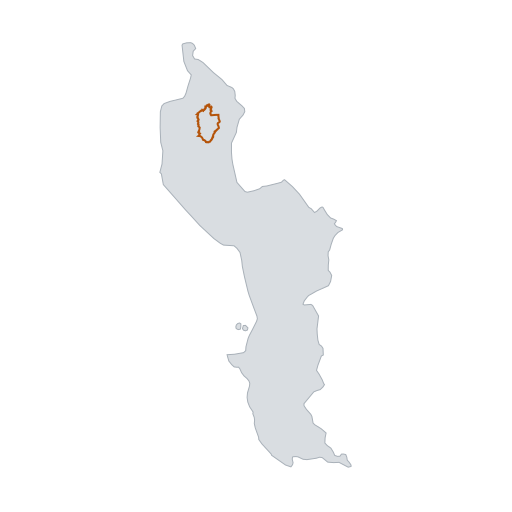 location of Blantyre, Blantyre, Malawi, rotated 175°
{"feature_id": "42251766B636776762176", "entity_name": "Blantyre", "entity_type": "district", "adm_level": 2, "iso_a3": "MWI", "parent_name": "Malawi", "parent_adm1": "Blantyre", "projection": "orthographic", "projection_center": [34.952, -15.681], "detail": "fine", "context": "in_parent", "style": "outline", "palette": "amber", "viewbox_px": 512, "rotation_deg": 175, "n_neighbors": 0, "source": "geoboundaries", "source_scale": "gbopen_adm2", "svg_char_len": 7186}
<svg xmlns="http://www.w3.org/2000/svg" viewBox="0 0 512 512"><g transform="rotate(175 256 256)"><path d="M196.9,298.3L193.9,294.2L191.5,295.3L188.1,298.2L186.3,299.0L185.4,298.9L184.8,298.2L184.0,296.3L181.4,291.1L178.4,287.4L175.3,285.9L172.8,284.2L173.9,282.5L175.1,281.3L174.5,280.1L173.1,278.3L167.6,275.8L167.5,274.6L172.3,272.3L175.4,269.6L177.4,267.0L180.0,261.3L182.1,255.6L183.7,253.8L184.2,250.0L183.8,245.8L184.8,240.5L185.3,235.4L183.7,233.4L182.3,230.0L183.9,224.2L186.4,220.1L198.6,215.9L207.1,212.0L208.9,210.3L211.8,207.1L213.4,203.9L212.2,203.0L205.5,203.0L203.9,201.8L198.9,190.8L201.6,178.1L201.8,173.1L201.7,166.9L200.8,162.4L198.6,160.5L197.3,158.1L197.6,151.5L199.6,150.7L203.8,141.9L205.7,136.8L203.4,132.7L200.8,126.8L199.7,123.1L199.0,121.9L200.8,119.6L203.7,117.3L206.9,116.7L210.3,115.6L221.1,104.7L221.2,102.6L219.2,98.9L215.2,93.5L214.3,91.2L213.7,84.6L212.1,82.7L206.2,78.3L201.6,73.6L203.0,68.9L203.7,63.7L201.5,60.9L198.1,58.0L196.0,53.7L195.0,50.5L192.3,49.3L189.9,49.2L188.1,51.2L186.2,51.1L183.9,50.4L183.1,47.7L182.9,44.7L181.3,42.6L179.7,39.8L179.5,38.3L180.5,37.9L182.6,37.6L191.3,43.2L196.6,43.4L202.5,44.4L207.6,49.4L210.2,50.0L213.5,49.3L223.0,48.7L226.8,49.4L231.8,52.3L233.7,52.7L236.8,52.8L237.3,52.0L237.6,50.3L237.1,46.8L237.8,44.9L239.6,42.9L244.8,45.2L257.8,56.1L258.2,57.5L266.5,68.3L269.2,72.9L269.2,75.3L271.7,84.8L272.3,89.2L271.7,92.6L271.8,95.3L272.9,99.1L272.5,100.8L275.5,106.4L276.9,111.2L277.2,115.8L276.4,120.4L273.8,127.0L273.3,129.7L273.9,132.1L275.6,134.7L278.4,137.6L280.5,141.0L281.9,145.0L283.1,146.8L284.6,146.8L287.4,147.4L289.6,149.8L292.2,153.7L293.1,158.2L293.4,160.2L286.1,160.0L276.8,160.8L274.5,162.6L273.9,166.5L271.0,174.7L269.4,177.7L265.9,183.1L261.1,190.9L260.1,193.4L260.3,196.0L263.2,206.4L266.2,217.4L267.1,221.7L269.3,236.4L270.5,246.7L270.6,252.8L271.6,260.9L274.3,265.3L277.0,268.1L287.4,269.7L290.5,271.8L296.4,277.0L309.3,291.3L316.3,300.5L322.5,308.5L333.5,323.5L342.1,335.2L343.1,346.1L344.5,347.7L341.6,355.8L339.6,368.9L341.0,377.6L340.3,392.4L338.7,408.1L336.7,413.7L334.2,415.9L328.2,417.5L315.1,419.5L313.2,421.3L311.5,424.4L308.8,431.6L305.7,438.9L304.7,442.1L305.3,442.8L308.1,446.6L310.9,456.1L311.3,472.5L310.4,473.7L306.5,474.4L302.4,474.2L300.7,473.3L299.1,471.4L298.0,467.9L300.7,465.5L301.7,461.2L300.0,457.6L296.5,456.8L292.0,453.4L282.5,442.5L274.6,434.8L270.0,428.4L265.3,425.9L263.9,424.4L262.8,421.7L262.7,417.8L263.2,414.9L261.7,411.7L256.9,406.8L254.7,404.0L254.6,400.8L256.6,397.6L260.7,393.7L263.7,385.9L264.8,380.8L270.6,370.6L271.4,361.7L271.5,354.7L271.1,349.4L269.6,338.5L268.6,331.0L261.4,321.2L259.1,320.3L252.3,321.2L246.4,322.7L243.6,324.7L239.2,324.8L227.8,326.6L224.2,327.3L222.1,329.1L220.9,329.5L213.7,322.0L207.3,313.8L199.2,299.9L196.9,298.3ZM280.1,190.3L278.2,190.7L277.0,189.7L277.3,186.7L278.0,184.5L279.9,184.2L281.2,184.8L282.2,185.8L282.2,187.4L281.6,189.0L280.1,190.3ZM275.8,184.8L274.7,187.8L272.5,187.8L270.3,185.1L271.0,183.0L273.1,182.4L274.9,183.2L275.8,184.8Z" fill="#d9dde1" stroke="#a8b0b8" stroke-width="1"/><path d="M294.4,373.7L294.2,373.5L293.9,373.4L293.7,373.5L293.3,373.4L293.2,373.4L293.1,373.5L292.9,373.7L292.7,373.9L291.9,373.9L291.7,374.0L291.3,374.7L291.0,375.1L290.8,375.4L290.6,375.6L290.4,375.5L290.2,375.8L289.9,375.9L289.8,376.1L289.7,376.3L289.6,376.5L289.2,377.1L289.4,377.3L289.0,377.9L288.7,378.6L288.3,378.5L288.2,379.0L288.4,379.2L288.4,379.3L288.1,380.0L288.0,380.5L287.9,380.8L287.6,381.1L287.2,381.5L286.8,382.0L286.7,382.1L286.3,382.5L286.3,382.8L286.5,382.9L286.5,383.0L286.4,383.4L286.4,383.6L285.9,383.9L285.8,383.6L285.7,383.6L285.6,383.8L285.4,383.8L285.2,383.9L284.8,384.4L284.4,384.8L284.2,385.1L284.0,385.3L283.9,385.3L283.7,385.2L283.0,385.8L282.6,386.2L282.2,386.5L281.9,386.6L281.8,387.0L281.9,387.7L282.0,388.1L282.1,388.5L282.2,389.0L282.3,389.2L282.5,389.6L282.7,390.3L282.7,390.9L282.7,391.1L282.4,391.7L282.2,391.8L281.9,392.0L281.5,392.2L281.0,392.4L280.8,392.6L280.7,392.8L280.4,393.0L280.5,393.9L280.6,394.1L280.7,394.5L280.9,394.9L281.0,395.1L281.1,395.4L281.2,396.1L281.3,396.2L281.1,396.5L281.2,397.0L281.2,397.5L281.3,398.0L281.2,398.2L281.2,398.5L281.2,398.8L281.2,399.2L281.1,399.6L281.1,399.9L284.2,400.1L288.4,400.1L288.5,400.3L288.7,400.5L288.7,400.8L288.9,401.1L288.8,401.4L288.9,401.5L289.0,401.9L289.1,402.1L289.1,402.3L289.0,402.5L288.6,403.3L288.4,403.7L288.1,404.1L288.0,404.3L287.9,404.5L287.7,404.5L287.8,404.9L288.0,404.9L288.2,405.1L288.2,405.3L288.3,405.5L288.5,405.6L288.4,405.8L288.4,406.0L288.0,406.6L287.9,406.9L287.8,407.0L287.8,407.3L287.7,407.4L287.6,407.5L287.3,407.8L287.3,408.0L287.4,408.6L287.5,408.7L287.8,408.5L287.9,408.4L288.1,408.2L288.5,408.1L289.0,408.0L289.4,408.3L289.5,408.3L289.6,408.6L289.7,408.8L289.7,409.1L289.8,409.4L289.6,409.7L289.5,409.8L289.4,410.0L289.5,410.0L289.3,410.2L289.4,410.4L289.5,410.6L289.6,411.0L289.9,410.9L290.0,410.9L290.1,411.0L290.4,410.9L290.6,410.7L290.9,410.6L291.1,410.5L291.3,410.5L291.6,410.5L291.7,410.4L291.4,410.3L291.4,410.2L291.5,409.8L291.7,409.7L291.8,409.7L292.0,409.8L292.3,409.9L292.4,409.7L292.6,409.6L292.9,409.4L292.9,409.2L293.0,409.1L293.0,408.9L292.8,408.9L292.9,408.7L293.2,408.7L293.1,408.4L293.2,408.2L293.3,408.3L293.3,408.2L293.5,408.1L293.7,407.9L293.7,407.7L293.7,407.3L293.6,407.2L293.8,407.0L294.0,407.1L294.3,406.9L294.4,406.6L294.5,406.6L294.8,406.5L294.8,406.1L295.0,405.9L295.4,405.8L295.5,405.7L295.9,405.4L296.0,405.3L296.2,405.5L296.3,405.6L296.3,405.4L296.5,405.5L296.8,405.8L296.9,406.0L297.0,406.1L297.3,406.0L297.3,405.9L297.5,405.8L297.7,405.6L297.8,405.4L298.0,405.3L298.2,405.5L298.4,405.4L298.6,405.2L298.8,405.1L299.0,405.0L299.2,404.8L299.4,404.7L299.8,404.3L300.1,404.1L300.5,404.0L300.9,403.6L301.0,403.6L301.3,403.4L301.6,403.3L301.6,403.1L301.7,402.9L301.8,402.8L301.8,402.7L302.0,402.7L302.1,402.4L302.4,402.2L302.1,402.1L301.9,402.1L301.7,402.0L301.4,402.2L301.3,402.3L301.3,402.2L301.4,401.9L301.5,401.6L301.5,401.4L301.6,401.2L301.9,400.2L302.3,399.9L302.3,399.5L302.4,399.0L302.4,398.8L302.1,398.5L301.9,398.6L301.7,398.4L301.6,398.2L301.8,397.9L301.8,397.6L301.6,397.3L301.6,396.8L301.4,396.7L301.5,396.5L301.5,396.3L301.6,396.1L302.0,396.0L302.1,395.9L302.3,395.8L302.4,395.6L302.5,395.4L301.7,394.3L301.7,394.2L301.9,393.9L301.9,393.7L301.9,393.3L301.9,393.2L302.0,393.1L302.2,392.9L302.3,392.8L302.4,392.6L302.3,392.4L302.0,392.1L301.7,391.7L301.7,391.4L301.8,391.3L301.9,391.2L302.1,390.6L302.2,390.4L302.2,390.2L301.9,390.0L301.8,389.9L301.7,389.8L301.5,389.6L301.3,389.4L301.1,389.1L300.9,388.9L301.3,387.2L301.5,386.6L301.9,385.8L302.3,385.1L302.2,385.1L302.0,384.9L302.3,384.6L302.2,384.1L302.5,384.0L302.6,383.9L302.5,383.7L301.1,382.9L302.0,381.8L302.1,381.5L302.4,381.1L302.6,380.8L302.9,380.6L302.4,380.5L302.0,380.4L301.4,380.4L301.2,380.4L300.7,380.0L300.5,379.8L299.7,379.0L299.5,378.8L299.0,377.7L298.9,377.5L298.9,377.3L298.8,377.1L298.8,376.7L298.6,376.3L298.4,376.1L298.2,376.1L297.8,376.1L297.5,376.0L297.4,375.9L297.1,375.8L297.0,375.7L296.9,375.5L296.8,375.4L296.7,375.2L296.4,375.1L296.3,374.7L296.2,374.6L295.9,374.2L295.9,373.8L295.7,373.7L295.2,373.6L295.0,373.8L294.9,373.8L294.4,373.7Z" fill="none" stroke="#b45309" stroke-width="2"/></g></svg>